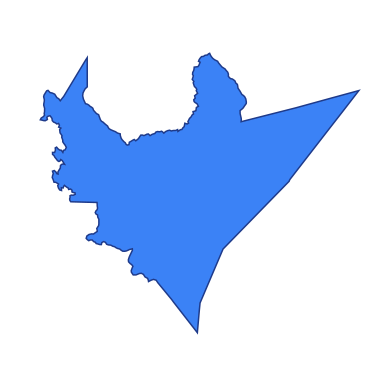 Fortaleza dos Nogueiras, Maranhão, Brazil (Albers equal-area conic projection), rotated 275°
{"feature_id": "56859067B30918863230331", "entity_name": "Fortaleza dos Nogueiras", "entity_type": "district", "adm_level": 2, "iso_a3": "BRA", "parent_name": "Brazil", "parent_adm1": "Maranhão", "projection": "albers", "projection_center": [-46.038, -6.962], "detail": "fine", "context": "isolated", "style": "filled", "palette": "blue", "viewbox_px": 384, "rotation_deg": 275, "n_neighbors": 0, "source": "geoboundaries", "source_scale": "gbopen_adm2", "svg_char_len": 4532}
<svg xmlns="http://www.w3.org/2000/svg" viewBox="0 0 384 384"><g transform="rotate(275 192 192)"><path d="M307.6,349.4L299.3,326.9L297.8,322.8L296.6,319.6L284.9,288.1L266.3,234.8L268.6,234.8L270.0,234.5L274.3,233.1L277.3,232.8L279.1,234.7L280.4,235.8L281.8,236.5L284.8,238.3L286.3,238.3L289.4,237.5L291.6,236.1L292.7,234.7L293.5,233.2L296.7,231.0L299.4,228.8L301.9,228.2L303.2,227.8L304.4,226.1L306.3,225.2L307.3,223.8L308.1,222.3L308.3,220.6L309.2,219.3L310.5,218.1L312.5,218.0L314.4,217.2L316.3,215.2L317.4,214.3L319.2,210.9L321.6,208.5L322.8,207.3L324.5,206.1L325.7,203.0L326.9,201.1L328.3,199.7L329.7,198.6L331.7,197.5L331.0,196.3L329.9,195.5L329.3,193.0L328.1,191.6L327.7,189.7L326.1,188.5L324.5,187.6L322.7,187.1L322.0,188.8L320.4,188.3L318.8,187.8L317.4,187.0L316.6,183.3L314.5,183.3L313.1,183.1L311.2,182.3L309.1,182.3L308.0,183.2L306.1,182.9L304.2,182.4L302.4,184.2L300.9,183.7L298.9,184.5L297.2,185.3L296.3,186.6L294.7,187.8L293.3,187.4L290.8,189.0L288.1,186.2L285.7,187.0L284.1,185.7L282.3,186.2L281.4,187.3L280.3,189.4L277.9,190.9L276.6,189.0L273.4,188.8L272.6,187.3L272.2,186.0L269.8,186.7L268.9,185.5L266.7,184.5L265.1,183.1L263.5,182.5L261.8,181.8L260.3,182.6L259.3,181.2L259.9,178.9L256.4,178.5L255.1,177.3L253.4,176.5L253.1,175.1L251.1,172.7L252.9,172.2L251.9,170.5L251.6,167.9L251.0,166.0L251.6,164.3L251.0,162.4L249.9,160.4L248.2,158.8L249.2,157.6L249.9,156.4L249.2,154.6L249.2,152.2L248.4,150.6L247.1,150.0L246.0,147.3L244.5,145.3L246.0,143.5L245.7,142.1L244.7,140.5L244.0,139.2L244.4,137.8L244.2,136.0L242.9,135.3L240.5,134.0L239.2,132.7L238.1,131.5L239.3,129.9L238.4,128.4L237.3,127.0L236.1,125.2L233.7,125.1L233.1,123.5L233.7,122.2L235.3,121.2L236.0,120.0L238.1,117.7L239.5,116.7L241.9,115.7L243.7,115.4L244.2,112.7L245.4,110.5L246.1,108.2L246.9,105.8L247.8,103.9L249.0,102.9L250.3,102.2L252.0,99.7L253.9,97.2L254.6,95.6L256.1,94.4L260.9,92.2L261.8,90.0L264.8,86.8L266.8,85.9L267.8,84.5L268.4,83.1L269.4,81.9L270.3,80.3L270.7,78.2L274.9,75.8L276.4,75.3L278.3,74.7L281.1,74.8L283.3,75.6L285.5,76.6L287.6,78.5L316.7,75.9L314.5,74.7L298.2,66.7L276.1,55.9L271.4,52.8L273.3,51.1L274.2,49.2L275.5,48.2L277.5,46.7L278.4,44.2L278.7,41.9L279.7,40.8L280.7,39.7L280.1,38.4L278.6,37.6L277.1,36.9L275.8,36.2L274.0,35.9L272.5,36.4L270.9,36.9L269.1,36.9L267.3,36.7L265.6,36.7L264.0,37.3L262.4,37.9L260.6,38.0L259.2,38.1L257.3,37.9L255.5,38.4L253.9,37.1L252.5,35.3L250.7,34.6L250.5,36.4L250.2,37.9L250.2,39.6L251.6,41.6L253.8,40.9L254.9,41.9L255.6,43.9L254.2,45.2L253.1,46.1L250.9,46.6L249.6,48.0L249.0,49.9L248.0,51.4L248.7,53.1L246.9,54.1L245.0,53.5L244.2,55.8L242.6,54.7L240.9,55.1L239.4,55.4L237.9,56.7L236.7,57.6L235.3,57.4L232.5,58.7L230.7,58.9L229.3,60.0L227.6,61.5L225.5,62.9L222.9,61.9L222.3,60.4L220.2,59.9L222.2,58.2L222.3,56.4L223.4,54.7L224.9,53.2L224.0,51.9L221.8,52.3L219.4,51.7L219.3,49.6L217.3,49.8L216.3,51.3L214.6,52.4L213.2,53.8L211.5,55.3L210.8,56.8L211.5,57.9L212.9,58.4L212.0,60.0L210.1,61.4L208.5,62.6L208.7,61.2L208.2,59.8L207.0,58.7L204.3,58.7L202.4,57.7L200.3,56.7L198.2,57.0L198.5,55.7L200.1,54.7L201.4,52.9L200.6,51.2L198.2,52.2L196.3,51.7L194.2,51.5L192.3,52.6L189.7,53.7L189.8,55.4L188.3,58.4L186.6,57.7L184.3,58.6L182.5,60.0L182.1,61.9L184.9,61.5L184.8,63.3L186.3,63.6L187.5,64.3L186.7,65.5L185.9,66.8L185.1,68.4L183.8,68.9L184.4,70.8L183.3,72.3L181.6,72.4L181.1,73.8L181.0,75.5L179.5,75.9L178.4,73.9L178.4,72.0L177.7,70.8L176.1,71.0L174.4,70.7L172.9,71.1L171.7,72.1L172.7,88.7L172.8,90.1L173.3,98.3L171.7,98.6L169.9,98.8L167.8,99.3L166.2,99.1L164.7,97.9L163.0,97.4L161.5,98.5L161.0,99.9L158.8,100.3L156.7,101.6L154.3,101.8L152.2,102.0L150.3,101.9L148.9,101.1L147.3,100.3L146.0,100.8L144.4,101.0L143.5,99.8L142.6,98.7L141.6,97.6L141.5,95.5L140.7,93.1L139.0,91.1L136.6,90.6L135.5,91.8L134.5,93.4L135.3,94.8L135.5,96.7L134.0,98.4L133.5,100.1L132.3,101.0L132.1,102.4L131.6,104.5L131.7,106.3L133.8,106.6L134.9,108.3L134.3,110.2L132.5,111.5L132.0,113.3L132.0,115.7L131.0,117.9L130.8,119.6L130.1,120.7L129.3,122.6L128.9,125.0L127.8,126.5L127.0,128.1L127.1,130.0L127.5,131.6L128.3,133.2L129.2,134.6L129.7,136.1L130.2,137.5L128.7,137.7L122.3,135.3L120.4,134.8L118.8,134.5L116.9,134.9L115.2,136.8L114.5,138.1L112.9,139.6L110.6,138.9L108.3,138.3L106.8,138.6L104.3,140.6L104.5,143.4L106.2,146.7L106.6,148.6L105.7,150.8L103.3,152.6L102.1,155.3L100.5,156.1L99.0,156.5L100.6,159.0L101.6,161.3L101.0,164.0L98.6,165.9L83.0,181.2L80.6,183.3L52.3,209.6L73.7,209.6L82.2,209.7L137.9,227.9L211.1,287.8L212.8,288.3L261.4,319.6L285.5,335.2L307.6,349.4Z" fill="#3b82f6" stroke="#1e3a8a" stroke-width="1.5"/></g></svg>